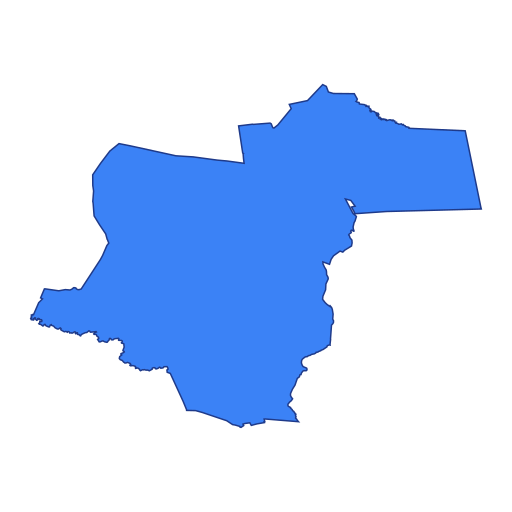 Ziemera pag., Aluksne, Latvia (Robinson projection)
{"feature_id": "27541924B47262508870968", "entity_name": "Ziemera pag.", "entity_type": "district", "adm_level": 2, "iso_a3": "LVA", "parent_name": "Latvia", "parent_adm1": "Aluksne", "projection": "robinson", "projection_center": [27.036, 57.508], "detail": "fine", "context": "isolated", "style": "filled", "palette": "blue", "viewbox_px": 512, "rotation_deg": 0, "n_neighbors": 0, "source": "geoboundaries", "source_scale": "gbopen_adm2", "svg_char_len": 5977}
<svg xmlns="http://www.w3.org/2000/svg" viewBox="0 0 512 512"><path d="M109.9,151.0L100.5,163.4L92.7,174.8L92.8,185.5L93.6,191.0L92.8,201.4L93.1,203.0L94.1,215.9L99.5,224.7L105.7,233.9L107.2,239.4L107.7,240.1L107.8,240.7L108.8,243.1L106.9,245.5L102.6,255.5L100.3,259.7L81.2,289.0L78.9,289.7L77.4,289.5L76.3,288.8L76.0,288.1L74.9,287.7L73.6,287.7L71.8,289.2L70.0,290.0L65.3,289.6L58.8,290.8L45.5,288.9L44.4,288.9L40.6,297.9L42.5,298.9L38.7,302.7L33.5,314.7L33.0,314.9L32.6,314.5L31.3,315.1L31.7,315.8L31.3,316.4L31.7,317.0L31.2,317.4L31.4,317.9L30.7,318.4L30.8,318.6L31.4,318.8L31.1,319.4L31.3,319.7L33.6,320.0L33.9,319.6L33.5,318.7L34.9,317.7L35.3,317.9L35.0,318.5L35.5,319.1L36.6,320.3L36.9,320.3L38.1,319.5L37.5,318.9L37.6,318.7L38.2,318.4L39.3,318.7L39.2,319.1L39.8,319.7L41.5,319.7L41.9,320.4L41.9,321.0L41.7,321.5L39.8,321.5L39.7,322.6L38.8,323.7L39.4,324.2L40.7,324.4L42.9,326.0L43.6,325.6L44.2,324.5L44.7,324.4L45.1,324.4L45.7,325.5L46.2,325.9L48.6,326.9L49.5,326.9L50.2,325.1L51.3,324.7L51.4,325.3L53.6,326.1L55.1,327.8L57.4,329.0L58.5,329.0L60.2,327.9L61.0,328.5L60.8,329.7L61.2,330.1L64.3,331.8L65.9,331.4L67.3,332.2L67.5,331.7L68.0,331.5L69.1,331.8L69.7,333.0L71.3,332.8L72.0,333.2L73.8,332.4L74.3,331.9L75.1,331.9L75.9,332.6L75.4,333.4L75.7,333.7L76.2,333.1L77.4,332.8L77.5,333.2L77.3,334.0L77.6,334.4L79.2,334.7L80.3,335.9L80.7,335.8L81.0,335.0L82.1,334.1L85.2,332.7L86.8,332.5L88.9,330.8L89.7,331.1L90.3,332.1L90.6,332.2L96.1,331.6L96.4,332.0L94.9,332.6L93.7,333.9L94.1,334.4L96.0,334.4L96.4,334.8L96.8,336.0L98.5,337.3L98.7,338.5L97.6,339.4L99.2,341.9L100.5,341.8L101.6,341.2L103.0,340.9L104.6,341.8L106.8,342.3L107.4,342.1L108.0,341.1L109.0,340.2L109.5,338.5L110.3,338.4L111.0,338.9L111.2,339.6L111.9,339.9L113.2,339.8L113.7,339.2L114.8,338.7L118.4,338.3L118.9,338.9L118.5,340.0L118.7,340.3L121.6,340.5L122.3,341.1L122.2,341.9L121.4,342.8L121.6,343.1L123.7,343.7L124.0,345.1L123.9,345.8L124.2,347.0L122.9,350.4L123.0,350.8L124.1,351.4L124.3,351.9L123.5,352.6L121.1,353.6L120.9,353.8L121.0,354.5L121.7,355.0L119.7,356.6L119.3,358.3L119.4,358.7L120.3,359.7L122.3,360.5L123.7,362.2L124.4,362.5L124.8,363.0L125.9,363.0L127.5,362.4L130.1,363.4L130.8,364.4L130.7,364.7L129.9,365.1L129.9,365.4L130.6,365.8L133.1,365.6L135.2,366.3L135.9,367.3L135.4,367.8L135.6,368.4L137.3,368.0L138.1,368.2L139.4,369.2L139.9,370.2L140.5,370.7L142.7,369.7L143.7,369.9L144.2,369.6L145.9,370.1L147.8,370.1L149.3,370.8L151.9,369.4L152.2,369.2L152.2,368.3L153.3,367.7L154.8,367.7L155.6,368.8L156.5,368.9L158.1,368.3L159.4,367.2L160.1,367.4L160.6,368.1L162.0,368.1L163.3,367.7L164.0,366.7L167.0,366.6L167.8,367.9L168.1,369.1L166.9,370.0L167.2,372.3L170.3,373.4L183.2,401.5L186.6,409.8L186.6,410.4L195.6,410.6L202.4,412.5L226.7,420.7L232.6,424.6L235.0,425.0L239.8,426.4L239.9,427.0L241.0,427.4L243.7,425.6L243.0,424.1L244.9,423.5L249.8,422.8L251.3,425.4L256.9,423.9L264.4,422.6L264.1,421.7L264.8,421.6L264.1,419.1L265.3,419.0L298.5,421.7L297.3,420.3L296.7,419.2L295.6,418.2L295.7,417.0L296.0,416.9L296.0,416.5L295.4,415.0L295.9,414.2L295.0,413.6L295.0,413.1L294.3,412.5L293.9,411.5L292.6,410.6L292.1,409.5L290.7,408.3L290.5,408.0L290.6,407.5L288.3,406.3L287.9,405.3L287.9,404.7L288.0,404.1L289.7,402.0L291.3,400.7L292.6,398.8L291.2,397.0L290.5,395.5L290.5,393.9L290.8,392.9L292.5,389.1L295.0,385.1L297.3,378.4L299.4,376.8L299.8,375.1L300.1,374.7L301.0,374.6L301.5,372.9L302.9,371.1L303.7,370.7L306.2,370.7L307.0,369.9L306.9,368.7L306.6,368.1L303.1,366.6L302.2,365.2L301.4,363.0L301.6,360.6L302.4,359.1L304.8,357.2L305.8,356.7L307.1,356.7L308.6,355.6L310.0,355.4L311.6,354.4L314.4,353.8L315.8,353.0L316.1,352.3L317.9,352.1L318.6,351.5L320.8,350.7L321.0,350.3L323.1,349.5L326.9,346.9L327.2,345.9L327.9,345.4L329.7,344.9L330.1,345.0L330.0,344.5L330.6,339.4L330.5,338.9L331.5,325.1L332.9,323.6L333.5,322.3L333.5,320.6L332.7,319.2L333.1,314.1L332.3,309.3L331.6,307.5L330.2,305.9L330.0,306.5L327.1,304.5L325.1,302.6L322.6,299.3L322.9,296.3L325.6,289.8L325.9,284.0L328.1,279.2L328.2,278.4L328.0,277.2L326.6,274.7L326.5,271.9L326.2,270.0L324.5,267.2L323.0,263.9L322.9,261.9L329.5,264.3L331.1,259.4L333.5,255.8L340.0,251.1L342.8,252.1L344.7,250.2L351.5,246.0L352.1,242.9L351.9,240.1L349.9,237.6L349.6,236.2L348.7,234.9L349.3,234.0L351.2,232.7L351.2,232.0L350.8,231.5L351.0,230.6L351.3,230.2L352.1,230.2L353.4,231.2L354.0,231.0L353.3,228.8L353.1,226.9L354.1,222.6L355.0,221.1L356.4,216.6L355.8,215.8L353.0,213.5L345.4,199.0L350.8,200.4L355.1,206.2L351.5,207.0L354.0,211.5L355.0,213.7L386.5,211.5L481.3,209.0L481.1,208.2L480.5,208.2L480.9,207.5L465.2,130.8L409.0,128.3L409.1,127.6L408.8,127.3L405.6,126.6L405.3,125.9L404.0,125.4L403.3,124.5L402.4,124.9L401.5,123.9L398.8,124.3L397.5,123.4L395.7,123.1L395.6,122.9L396.0,122.3L395.5,122.3L394.6,121.6L394.8,121.1L393.9,120.7L393.5,120.2L392.4,120.8L392.1,120.7L392.0,120.0L391.0,120.2L390.5,119.8L389.4,119.8L386.8,120.6L386.6,120.4L386.8,120.0L386.2,119.6L385.5,120.0L385.3,119.5L385.0,119.7L383.9,118.9L383.4,119.5L382.5,119.0L381.9,119.7L381.2,119.7L380.9,119.3L381.8,119.2L381.9,118.9L380.9,118.2L380.7,118.8L380.2,118.9L380.0,117.5L378.7,118.0L378.6,117.0L378.8,116.7L378.6,115.9L378.1,116.2L376.7,115.6L376.4,114.5L377.0,114.9L378.7,114.4L378.2,113.3L377.8,113.1L376.6,113.3L376.2,112.7L375.3,112.5L375.0,112.2L374.2,111.5L372.0,111.1L371.5,111.3L371.4,111.7L370.4,111.7L369.8,110.4L370.0,110.1L370.8,110.4L371.0,110.0L370.8,109.3L369.2,108.0L368.9,107.4L369.0,106.9L367.9,106.6L368.3,106.2L366.7,106.1L366.0,106.4L365.9,106.2L366.5,105.6L365.9,105.1L365.0,105.1L364.3,104.6L359.4,104.0L359.1,102.5L357.1,102.1L356.0,101.4L356.6,100.9L357.3,99.1L354.3,93.7L333.4,93.5L328.4,92.0L326.3,86.4L322.7,84.6L307.5,100.6L289.3,104.4L291.2,108.7L277.8,125.0L274.0,128.0L273.0,127.8L272.5,127.0L271.2,123.8L270.1,123.1L253.4,124.4L252.6,124.2L238.6,125.9L242.7,153.0L243.3,153.5L243.1,153.6L243.5,158.6L244.1,163.3L227.1,161.0L217.2,160.1L193.3,156.9L175.9,155.8L130.1,145.8L119.0,143.6L109.9,151.0Z" fill="#3b82f6" stroke="#1e3a8a" stroke-width="1.5"/></svg>